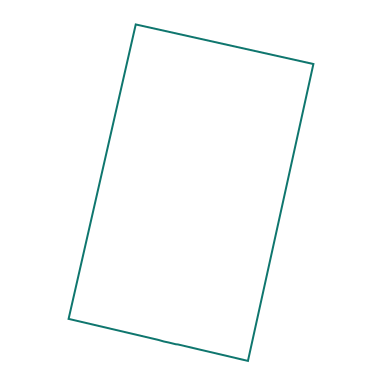 the district of Hartley, Texas, United States of America, rotated 283°
{"feature_id": "52423323B45324234898268", "entity_name": "Hartley", "entity_type": "district", "adm_level": 2, "iso_a3": "USA", "parent_name": "United States of America", "parent_adm1": "Texas", "projection": "orthographic", "projection_center": [-102.882, 35.839], "detail": "fine", "context": "isolated", "style": "outline", "palette": "teal", "viewbox_px": 384, "rotation_deg": 283, "n_neighbors": 0, "source": "geoboundaries", "source_scale": "gbopen_adm2", "svg_char_len": 288}
<svg xmlns="http://www.w3.org/2000/svg" viewBox="0 0 384 384"><g transform="rotate(283 192 192)"><path d="M40.6,100.3L40.3,192.9L40.0,198.2L40.1,203.0L40.0,210.5L40.3,212.6L40.2,234.8L40.0,284.5L344.0,281.5L342.6,99.5L40.6,100.3Z" fill="none" stroke="#0f766e" stroke-width="2"/></g></svg>